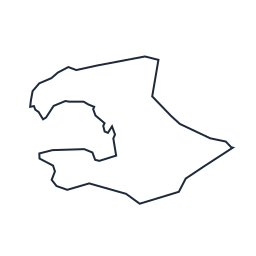 the district of Loga, Dosso, Niger, rotated 72°
{"feature_id": "23599985B16490635358595", "entity_name": "Loga", "entity_type": "district", "adm_level": 2, "iso_a3": "NER", "parent_name": "Niger", "parent_adm1": "Dosso", "projection": "equal_earth", "projection_center": [3.398, 13.629], "detail": "fine", "context": "isolated", "style": "outline", "palette": "slate", "viewbox_px": 256, "rotation_deg": 72, "n_neighbors": 0, "source": "geoboundaries", "source_scale": "gbopen_adm2", "svg_char_len": 836}
<svg xmlns="http://www.w3.org/2000/svg" viewBox="0 0 256 256"><g transform="rotate(72 128 128)"><path d="M51.6,165.9L53.6,177.6L56.9,185.4L58.1,198.6L63.4,207.3L71.9,211.9L77.6,214.5L78.1,210.7L81.9,210.5L85.1,208.1L93.5,206.1L92.7,202.7L84.0,191.9L83.0,179.3L84.8,175.7L89.2,162.1L93.5,158.3L97.4,153.6L99.3,155.3L106.0,155.1L116.2,148.8L118.3,150.9L124.1,151.3L126.4,148.6L121.5,142.7L130.3,142.4L133.4,145.2L150.6,147.8L150.4,165.4L148.1,169.1L140.3,169.4L134.6,176.1L125.7,206.7L124.8,220.2L129.7,221.6L140.6,210.9L146.7,210.9L153.7,216.6L161.1,213.9L168.0,204.9L168.7,182.0L190.0,150.2L203.6,140.3L204.4,99.4L193.9,88.7L187.9,67.3L179.1,34.4L178.2,35.8L171.1,39.2L163.2,53.0L156.2,60.4L140.2,77.4L129.7,83.4L105.4,95.2L72.6,78.0L65.2,89.8L59.1,137.4L56.9,159.3L51.6,165.9Z" fill="none" stroke="#1e293b" stroke-width="2"/></g></svg>